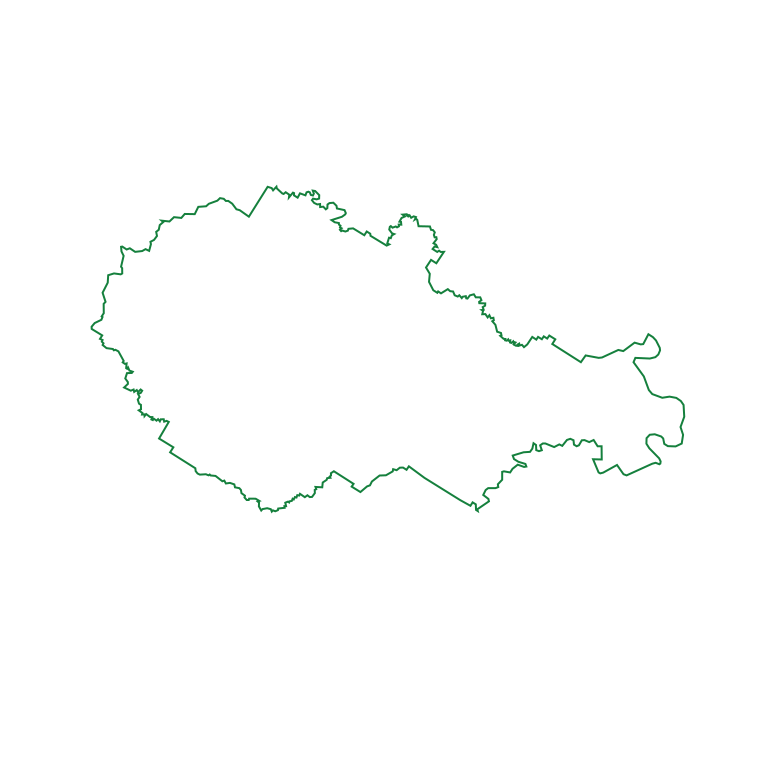 outline of Lismore, New South Wales, Australia, rotated 294°
{"feature_id": "25037944B52457612567816", "entity_name": "Lismore", "entity_type": "district", "adm_level": 2, "iso_a3": "AUS", "parent_name": "Australia", "parent_adm1": "New South Wales", "projection": "natural_earth1", "projection_center": [153.257, -28.794], "detail": "fine", "context": "isolated", "style": "outline", "palette": "green", "viewbox_px": 768, "rotation_deg": 294, "n_neighbors": 0, "source": "geoboundaries", "source_scale": "gbopen_adm2", "svg_char_len": 6143}
<svg xmlns="http://www.w3.org/2000/svg" viewBox="0 0 768 768"><g transform="rotate(294 384 384)"><path d="M549.2,342.9L546.9,341.2L548.5,338.8L546.9,338.0L547.4,336.4L548.2,337.3L548.3,335.7L546.3,332.1L545.5,334.9L542.8,332.5L538.6,332.1L539.0,333.6L536.6,335.0L535.6,332.6L534.1,333.5L532.4,332.2L532.7,330.7L530.3,328.2L531.0,326.0L530.0,325.4L527.2,326.0L524.9,330.1L525.1,332.3L522.9,330.7L520.0,330.9L519.7,329.1L513.8,329.8L513.7,332.0L511.5,330.1L513.9,311.4L515.7,310.3L516.3,306.2L511.9,305.5L513.6,292.5L511.3,288.4L509.4,288.6L507.6,286.7L507.2,283.5L506.2,282.7L507.0,281.0L509.0,281.9L509.1,280.1L510.9,279.9L511.3,278.0L512.7,277.3L511.7,273.2L512.4,269.4L519.7,277.6L523.2,279.6L524.6,279.6L526.8,277.2L525.2,269.6L527.5,268.1L529.0,264.0L527.1,260.6L525.0,259.4L521.6,260.7L519.9,259.8L521.3,256.4L519.7,253.7L522.4,252.4L520.9,250.0L521.0,246.5L522.6,243.4L524.5,243.8L525.3,247.4L527.0,249.3L530.2,248.0L532.3,242.6L531.7,240.3L529.4,242.5L527.3,242.4L527.0,240.2L528.9,238.3L528.9,236.7L527.6,235.3L524.4,235.5L524.0,229.7L519.1,229.3L519.7,225.1L521.8,224.2L521.8,223.0L515.8,221.3L518.4,220.5L519.2,216.2L516.8,215.0L516.7,213.6L519.1,206.5L520.5,205.5L515.8,203.9L517.3,201.7L516.8,197.5L481.9,192.5L484.1,181.5L483.6,178.1L487.0,172.0L487.9,167.3L486.9,165.1L488.0,162.3L487.1,158.6L483.7,157.2L477.4,150.7L474.0,149.2L470.3,142.3L462.2,142.0L458.3,132.8L453.3,131.3L451.0,124.3L445.2,121.9L442.8,114.5L442.2,116.5L438.0,114.5L433.3,115.5L430.3,114.0L426.9,116.4L422.1,115.3L418.9,112.8L417.0,114.2L410.1,115.3L410.2,111.3L407.1,109.0L403.5,102.9L404.6,96.6L402.2,94.2L403.1,89.0L402.4,88.0L398.3,90.3L395.2,94.0L384.2,96.1L383.3,97.7L378.5,99.9L377.1,98.9L375.2,92.4L371.2,87.8L364.2,90.4L352.9,89.8L345.8,96.2L343.2,95.3L334.7,99.2L330.9,98.6L330.7,99.6L327.7,99.7L322.0,94.9L317.4,93.6L315.4,94.6L313.8,106.8L309.7,106.2L309.7,109.0L307.9,109.0L307.1,111.2L305.2,111.1L303.9,115.9L305.7,122.1L304.9,123.5L306.0,124.7L305.8,128.1L299.2,136.8L297.5,136.5L297.0,139.1L298.1,140.5L293.6,142.0L293.4,143.2L295.0,143.5L292.7,146.0L293.0,149.5L291.5,149.1L289.4,144.8L283.8,145.4L281.6,149.2L279.9,150.0L275.1,148.0L274.9,155.4L277.1,157.5L275.2,159.0L277.9,160.6L276.5,162.5L280.0,163.9L279.5,165.8L276.9,165.4L274.9,163.3L272.8,166.0L269.6,165.4L266.4,168.2L266.1,170.4L262.1,172.3L260.2,170.7L259.2,175.2L257.7,175.4L258.8,177.5L257.3,178.3L259.8,179.0L258.7,183.7L259.5,185.7L257.0,185.9L257.0,187.5L258.7,187.8L258.0,191.1L260.0,191.9L258.7,194.4L260.9,194.4L262.2,197.1L260.2,198.5L261.9,200.4L261.8,202.8L242.7,200.7L240.5,217.3L234.6,216.4L230.3,245.9L227.8,247.4L226.4,250.1L226.3,252.6L229.1,258.0L229.2,260.8L230.4,261.6L229.9,262.7L231.5,267.5L229.4,275.9L230.8,277.4L228.8,280.0L231.0,283.5L231.4,288.1L229.0,289.9L230.0,294.2L229.0,296.4L226.3,298.2L225.4,302.4L223.6,302.7L222.2,305.8L223.0,307.6L224.4,307.4L227.0,313.4L226.5,317.7L225.3,316.4L224.8,318.1L221.3,319.5L218.5,323.3L220.3,323.9L223.0,327.8L223.6,331.5L221.8,333.4L223.4,333.9L223.5,336.4L225.6,338.4L227.2,338.0L230.5,343.6L231.9,342.7L232.6,344.2L235.4,342.1L237.3,343.9L237.2,345.5L238.3,345.3L239.7,347.3L242.0,347.2L241.8,348.5L244.5,348.6L244.7,350.2L247.2,350.0L247.6,351.9L249.5,351.9L248.4,357.7L251.2,359.3L250.5,362.2L251.6,364.2L256.2,365.2L259.1,363.8L260.4,364.9L262.1,363.3L264.5,369.6L269.1,368.1L273.1,370.6L274.9,370.4L276.5,373.1L277.2,372.0L278.8,372.8L280.9,371.8L283.9,373.7L280.4,396.8L277.1,396.2L275.7,406.4L283.6,410.2L285.7,412.4L290.0,412.6L298.6,417.2L301.4,422.9L307.7,427.5L309.9,427.0L310.4,430.6L314.0,432.5L315.4,435.4L314.8,439.5L318.9,440.2L314.7,459.2L308.9,501.0L307.9,512.5L311.9,513.1L311.4,516.8L306.4,519.3L306.1,521.3L307.5,520.2L319.5,527.6L321.5,526.1L323.0,519.8L328.5,520.0L331.2,521.5L334.2,528.2L336.3,530.3L338.7,528.8L344.6,530.9L351.8,527.7L353.0,529.1L354.5,535.2L358.8,535.9L364.7,539.0L365.2,545.7L366.5,547.6L368.5,545.7L367.6,538.5L368.3,533.3L371.0,530.7L378.4,539.3L381.4,545.0L385.3,545.8L390.7,544.7L390.1,547.7L385.5,550.0L385.7,552.9L387.7,555.1L391.5,551.6L394.3,553.3L395.3,555.6L395.6,565.1L400.1,568.7L400.0,572.0L407.3,573.9L409.7,576.5L409.7,580.0L405.9,582.2L405.5,585.3L407.3,587.0L413.0,587.6L414.3,590.0L414.4,595.1L418.1,598.3L414.0,604.5L415.6,608.1L403.6,613.6L400.3,605.6L390.5,616.0L390.3,617.9L392.2,620.3L404.8,629.8L399.0,639.5L399.2,642.8L420.3,661.5L422.5,664.2L422.7,668.2L423.7,668.8L425.8,668.2L428.0,665.6L433.2,652.5L436.2,648.0L441.3,645.9L445.7,647.4L448.2,651.8L448.8,658.6L447.8,661.2L443.3,664.4L442.7,668.6L445.6,675.8L450.7,680.2L459.2,677.9L465.3,672.4L476.2,671.6L486.7,666.2L489.2,662.1L490.2,656.7L488.6,650.0L484.6,643.8L483.9,633.2L486.2,628.4L496.6,618.3L505.4,603.1L510.1,603.0L515.4,616.5L518.9,621.0L522.5,622.6L527.0,622.5L529.2,621.2L534.4,614.8L536.2,610.6L537.0,605.3L525.9,604.6L524.6,602.4L523.7,596.1L511.4,589.2L510.4,584.2L496.9,572.4L495.2,569.5L492.1,556.6L484.0,555.0L489.0,521.5L494.5,522.3L495.5,515.3L491.9,514.6L492.5,510.6L489.1,510.0L489.7,505.6L486.5,505.1L487.3,500.3L478.4,498.8L474.6,496.9L475.9,494.1L474.3,492.2L475.9,491.1L474.3,489.9L473.2,490.6L472.6,488.7L472.9,486.4L475.4,487.2L475.3,486.0L474.0,485.9L475.5,484.7L473.3,483.6L473.2,482.2L475.2,481.6L474.3,480.5L475.3,479.3L473.5,478.6L473.2,476.9L474.5,476.6L473.9,474.9L475.3,470.6L476.3,471.5L478.2,470.1L477.8,466.1L483.4,461.7L485.4,457.4L486.9,458.4L489.0,457.0L487.5,454.9L489.7,452.3L487.0,451.6L489.1,448.2L487.7,445.4L491.2,444.7L491.4,443.3L492.4,444.8L494.4,442.9L496.7,444.5L498.8,443.7L496.6,438.2L497.7,437.5L500.2,438.9L502.3,436.7L500.5,432.6L502.5,429.6L499.9,426.4L496.0,425.5L495.7,424.3L497.5,423.0L495.7,420.4L494.1,420.1L495.7,416.7L493.9,415.8L493.8,412.5L496.6,409.5L495.7,406.7L496.6,403.7L490.0,399.2L490.6,395.8L489.0,395.6L489.7,390.9L495.6,383.6L503.3,381.0L507.5,375.0L516.5,376.5L515.6,382.7L529.1,385.0L527.7,382.1L528.2,380.1L526.3,378.9L527.1,373.5L530.2,374.3L530.7,377.0L532.4,375.0L532.7,372.0L537.8,373.2L539.4,372.1L538.6,370.6L540.5,368.9L543.2,368.7L544.5,366.3L544.0,364.2L546.6,361.9L542.2,351.4L547.5,347.6L548.0,346.1L546.8,345.3L549.5,345.3L549.2,342.9Z" fill="none" stroke="#15803d" stroke-width="2"/></g></svg>